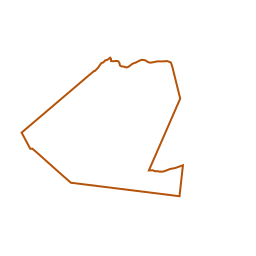 outline of Colônia do Piauí, Piauí, Brazil, rotated 37°
{"feature_id": "56859067B77362904011032", "entity_name": "Colônia do Piauí", "entity_type": "district", "adm_level": 2, "iso_a3": "BRA", "parent_name": "Brazil", "parent_adm1": "Piauí", "projection": "natural_earth1", "projection_center": [-42.198, -7.273], "detail": "fine", "context": "isolated", "style": "outline", "palette": "amber", "viewbox_px": 256, "rotation_deg": 37, "n_neighbors": 0, "source": "geoboundaries", "source_scale": "gbopen_adm2", "svg_char_len": 960}
<svg xmlns="http://www.w3.org/2000/svg" viewBox="0 0 256 256"><g transform="rotate(37 128 128)"><path d="M194.3,124.7L189.7,131.7L186.2,135.5L183.6,139.8L182.3,141.6L180.4,143.2L178.6,144.3L177.2,144.9L176.3,145.9L174.8,146.5L173.5,146.7L170.2,149.3L165.7,130.4L152.0,73.1L126.0,52.0L122.7,49.9L119.4,50.8L118.3,51.5L117.2,52.7L116.2,53.4L114.4,54.9L112.9,55.9L111.1,57.4L108.0,60.9L106.8,62.2L104.8,63.2L101.9,63.5L100.7,63.7L99.3,64.4L97.7,65.5L96.9,66.9L95.9,68.8L95.0,70.8L93.7,72.7L92.9,74.0L92.5,75.5L91.6,78.7L90.5,80.5L87.8,81.5L85.6,82.7L83.9,82.9L82.1,81.3L80.4,80.6L79.1,80.9L77.5,82.2L76.2,83.5L74.2,84.7L72.7,82.9L71.4,82.6L70.9,84.9L70.2,86.4L69.1,87.8L68.8,90.5L67.7,92.1L67.7,95.8L67.9,97.8L67.5,100.0L67.3,102.2L66.5,103.2L66.2,104.8L65.0,109.8L45.8,195.7L62.4,203.4L64.3,202.0L65.4,202.2L68.0,202.3L103.1,205.2L115.3,206.1L142.9,190.2L172.8,173.0L175.2,171.6L210.2,151.5L194.3,124.7Z" fill="none" stroke="#b45309" stroke-width="2"/></g></svg>